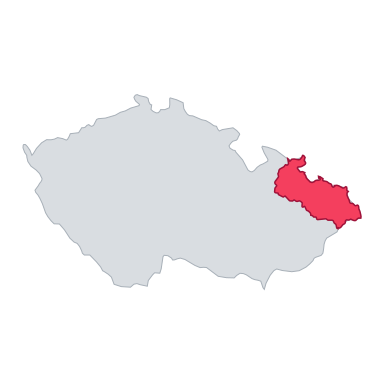 where Moravskoslezský sits in Czechia
{"feature_id": "CZE-1612", "entity_name": "Moravskoslezský", "entity_type": "Region", "adm_level": 1, "iso_a3": "CZE", "parent_name": "Czechia", "parent_adm1": "", "projection": "orthographic", "projection_center": [17.887, 49.846], "detail": "fine", "context": "in_parent", "style": "filled", "palette": "rose", "viewbox_px": 384, "rotation_deg": 0, "n_neighbors": 0, "source": "natural_earth", "source_scale": "10m", "svg_char_len": 6098}
<svg xmlns="http://www.w3.org/2000/svg" viewBox="0 0 384 384"><path d="M360.7,218.0L359.4,218.2L356.5,219.4L352.8,219.9L348.7,219.7L345.6,221.8L342.7,225.2L339.6,227.6L338.0,229.7L337.0,231.9L326.7,238.1L325.2,240.7L324.1,244.2L323.6,248.9L322.9,253.2L321.1,255.4L315.4,257.4L314.0,258.4L313.0,260.6L309.8,263.9L306.0,267.1L299.2,270.7L291.8,271.7L282.3,270.5L276.7,269.0L273.9,270.6L270.2,275.2L266.0,283.3L264.3,289.4L263.0,287.7L260.8,281.2L258.2,280.3L254.7,279.6L252.0,278.6L246.3,274.8L243.4,273.6L240.0,273.3L236.7,275.4L234.2,277.9L226.6,277.7L218.2,276.3L206.5,267.5L203.4,267.3L200.1,267.6L194.9,265.4L185.0,259.5L180.3,258.1L177.3,258.8L174.5,259.9L172.6,260.0L171.5,258.1L167.9,255.7L164.1,255.3L163.0,256.7L161.2,268.8L159.8,273.2L154.6,272.8L152.6,274.8L148.3,280.5L147.3,286.2L140.2,284.7L136.9,283.6L133.9,284.2L130.5,287.2L121.3,286.6L114.1,284.3L111.4,277.1L108.2,274.2L104.1,271.5L102.7,270.8L100.6,266.9L96.5,261.9L89.8,255.0L84.3,255.0L82.4,253.2L81.6,250.7L79.6,246.5L77.2,243.4L74.1,242.1L69.9,238.2L64.5,229.9L59.4,224.0L54.1,223.8L51.0,220.7L47.9,216.7L45.6,212.8L42.4,203.7L39.9,198.4L38.0,195.1L35.7,192.3L35.0,190.2L38.3,185.7L39.6,183.4L41.0,181.7L41.9,179.9L42.0,178.5L39.6,173.6L36.1,170.0L31.0,166.2L27.9,161.6L26.9,157.5L26.7,155.3L24.6,152.2L23.0,147.8L23.2,145.2L23.8,144.5L25.5,144.6L27.4,146.6L29.9,150.2L31.9,155.3L33.4,153.5L36.5,148.4L41.6,142.8L46.6,139.7L50.9,139.8L54.5,139.1L57.6,137.6L62.6,138.6L66.3,140.1L67.5,139.4L69.2,136.4L70.3,133.7L78.6,132.7L81.8,127.7L83.3,127.8L85.2,127.2L87.0,125.3L88.8,124.6L90.0,125.6L91.7,126.4L93.6,125.3L96.6,119.5L98.2,118.7L105.4,118.1L115.3,115.2L120.4,112.3L125.3,110.9L130.7,108.1L139.1,105.6L139.5,104.4L135.8,101.2L134.6,99.2L133.9,97.3L135.3,95.2L137.2,94.6L139.4,95.6L146.3,97.2L148.1,98.5L148.7,101.6L150.3,104.5L151.7,104.9L151.0,109.5L153.1,111.4L156.2,112.9L158.4,112.7L160.0,110.9L160.6,109.6L164.9,109.6L169.3,107.8L169.8,104.7L169.7,98.7L170.2,97.9L176.7,99.8L183.1,102.7L183.8,108.6L185.4,111.6L187.4,114.3L189.4,115.6L192.8,115.9L201.6,119.7L205.8,120.6L210.2,123.1L213.8,125.7L216.5,126.3L217.7,129.1L219.3,131.0L222.3,129.6L233.0,127.8L236.8,130.6L239.4,133.5L239.7,134.4L238.3,136.9L237.6,138.8L236.5,140.1L232.7,141.3L230.6,143.5L229.0,145.9L230.0,148.2L233.0,150.1L235.1,150.5L235.9,152.2L242.6,159.9L247.9,169.9L250.0,171.5L252.0,171.9L254.3,170.5L257.1,167.3L260.3,165.0L263.0,163.9L267.7,161.2L267.9,159.4L264.1,152.7L261.9,147.2L262.4,146.2L267.5,147.2L276.0,150.2L289.0,160.0L291.4,160.0L296.0,159.3L301.0,157.7L303.4,156.0L304.3,156.6L305.1,161.9L303.8,164.9L297.7,167.7L298.1,169.1L299.6,170.9L302.3,172.1L305.6,175.6L307.9,179.5L309.9,181.3L312.0,182.2L317.5,180.1L319.1,178.4L319.8,177.2L320.8,177.5L322.8,179.4L323.3,180.6L328.7,182.7L331.8,185.4L333.7,186.7L335.9,185.4L344.4,187.5L346.7,189.3L347.5,192.3L347.1,194.1L348.5,198.8L359.3,210.0L360.5,215.7L360.7,218.0Z" fill="#d9dde1" stroke="#a8b0b8" stroke-width="1"/><path d="M302.9,155.3L303.7,155.7L304.0,155.9L304.9,157.2L305.0,157.3L305.1,157.6L305.0,157.8L304.9,158.0L304.4,159.5L304.3,160.2L304.4,161.0L304.9,161.5L305.7,163.0L305.2,164.2L304.2,165.0L302.0,166.3L300.7,166.8L298.3,166.9L297.7,167.2L297.4,168.0L297.5,168.6L299.9,171.7L300.7,172.0L301.2,171.9L301.6,171.7L302.1,171.6L302.8,171.7L304.2,172.4L304.9,172.6L304.9,172.8L304.4,173.2L304.2,173.7L304.4,174.1L304.9,174.6L305.4,175.3L305.8,176.1L306.0,177.1L306.4,178.0L307.0,178.8L310.3,182.1L312.1,182.5L313.9,181.9L315.4,180.6L316.3,180.3L318.3,180.3L320.0,179.8L320.2,179.4L320.1,178.7L319.8,178.1L319.4,178.1L319.0,178.2L318.7,178.1L318.5,176.3L319.3,176.6L320.0,176.7L323.0,178.7L322.6,180.1L323.3,180.9L326.5,181.5L327.3,181.9L328.9,183.2L329.5,183.5L330.6,183.8L331.2,184.2L331.5,184.6L331.8,185.8L332.1,186.4L333.1,187.2L333.8,187.0L335.2,185.8L335.2,185.7L334.9,185.5L336.9,185.3L338.9,185.9L342.7,188.0L343.8,188.0L345.8,186.7L346.6,187.1L346.9,188.5L346.8,189.8L347.0,190.7L348.3,191.4L347.0,193.0L347.0,195.1L347.9,197.5L349.1,200.0L349.7,202.2L350.0,202.8L350.7,203.3L352.2,203.4L352.9,203.6L353.6,204.2L354.6,205.3L355.3,205.7L356.0,205.6L356.8,205.3L357.6,205.1L358.3,205.7L358.6,206.3L358.9,209.0L359.2,209.7L359.8,211.1L360.0,211.8L360.8,215.1L361.0,216.7L360.8,218.1L358.7,218.1L357.7,218.5L355.7,220.5L354.2,220.6L352.8,220.1L351.1,219.3L350.7,219.2L350.4,219.3L348.9,220.1L346.7,219.8L345.7,220.5L345.4,221.1L345.3,222.6L345.0,223.2L344.6,223.7L342.9,224.6L340.8,227.3L339.7,228.0L338.2,227.7L338.1,228.7L337.6,228.6L337.3,228.5L337.0,228.3L336.8,228.0L336.6,227.5L336.2,225.3L336.0,224.8L335.8,224.3L335.5,224.0L334.6,223.4L334.2,223.0L333.2,220.8L332.9,220.5L332.0,220.2L328.2,220.2L327.8,220.1L326.3,219.0L325.8,218.8L317.9,219.6L317.5,219.6L317.1,219.4L316.8,219.1L316.6,218.7L316.4,217.7L316.3,217.4L316.1,217.2L315.9,217.1L313.6,217.0L312.9,216.1L312.2,215.6L310.8,215.3L310.7,214.3L310.5,213.4L310.3,213.0L309.7,212.3L308.4,211.1L306.8,210.4L306.4,210.0L304.9,206.7L304.6,206.4L304.3,206.4L304.0,206.5L303.1,207.1L302.8,207.1L302.4,207.0L302.1,206.7L302.0,206.3L302.0,205.8L302.2,203.2L302.2,202.9L301.9,202.5L300.8,201.5L299.3,200.8L297.5,201.4L296.2,201.3L294.3,200.0L294.0,200.0L293.8,200.1L292.6,201.0L290.0,200.9L289.3,200.5L285.4,196.3L285.1,196.1L284.7,196.2L283.3,197.0L282.9,196.9L278.6,194.7L278.4,194.5L278.3,194.2L278.2,193.4L278.1,193.2L277.8,193.1L275.7,192.8L275.0,192.5L274.8,192.2L274.7,191.9L274.6,191.6L274.9,188.7L275.0,188.3L275.1,187.9L276.6,186.0L276.7,185.7L276.6,185.3L275.2,183.9L275.0,183.5L274.9,183.1L274.8,182.6L274.9,182.2L275.0,181.8L275.2,181.4L278.3,177.2L278.4,176.9L278.5,176.5L278.5,176.1L277.9,173.8L278.0,173.5L278.1,173.2L278.6,172.4L278.7,171.9L278.9,170.7L279.0,170.2L279.3,169.7L279.9,169.0L284.0,166.7L285.2,165.0L285.5,164.8L285.7,164.7L286.0,164.7L286.7,165.2L287.1,165.2L287.4,165.0L287.8,164.8L288.0,164.4L288.3,164.0L288.4,163.6L288.5,163.2L287.7,158.6L288.8,159.5L289.2,160.9L289.5,161.1L289.8,161.2L290.0,161.1L290.3,160.9L291.8,159.2L294.1,159.0L298.6,159.8L299.8,159.5L300.6,158.8L302.1,156.7L302.4,156.1L302.5,155.5L302.9,155.3Z" fill="#f43f5e" stroke="#9f1239" stroke-width="1.5"/></svg>